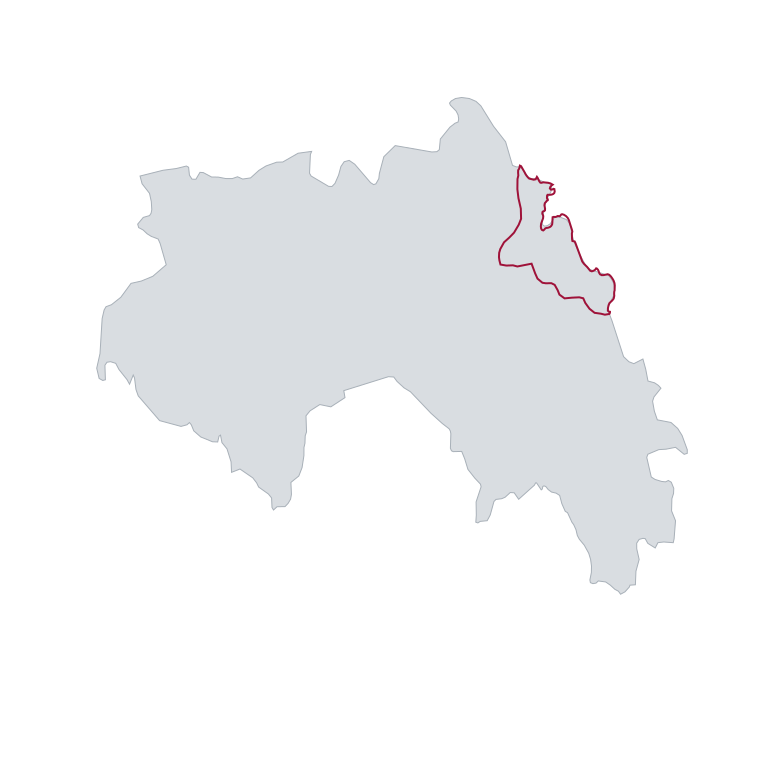 where Mandiana sits in Guinea, rotated 343°
{"feature_id": "GIN-5654", "entity_name": "Mandiana", "entity_type": "Prefecture", "adm_level": 1, "iso_a3": "GIN", "parent_name": "Guinea", "parent_adm1": "", "projection": "equal_earth", "projection_center": [-8.495, 10.8], "detail": "fine", "context": "in_parent", "style": "outline", "palette": "rose", "viewbox_px": 768, "rotation_deg": 343, "n_neighbors": 0, "source": "natural_earth", "source_scale": "10m", "svg_char_len": 5868}
<svg xmlns="http://www.w3.org/2000/svg" viewBox="0 0 768 768"><g transform="rotate(343 384 384)"><path d="M463.0,528.1L457.3,527.1L454.8,528.5L447.3,540.3L442.7,544.9L435.8,543.5L433.2,544.3L431.4,543.0L433.9,536.5L437.6,523.7L446.8,510.7L447.0,508.0L443.3,500.5L439.3,490.2L439.3,479.1L438.6,471.2L430.4,468.9L429.0,467.6L428.7,464.9L433.4,451.1L433.7,448.4L433.2,445.9L428.2,438.8L420.4,425.8L407.0,399.1L402.0,393.5L397.2,385.3L395.4,380.2L390.4,378.3L343.6,378.6L342.7,385.6L326.5,390.3L316.6,384.9L305.5,388.0L300.1,391.6L295.9,407.2L293.5,410.5L291.1,417.5L288.9,421.3L286.5,429.0L281.2,440.0L275.6,447.1L266.2,450.9L263.2,462.5L261.0,466.8L257.4,470.1L253.5,472.3L245.8,470.1L241.5,472.2L240.8,469.3L243.2,460.1L241.3,455.4L234.0,445.9L233.3,441.3L231.1,435.4L221.4,423.2L212.4,423.9L215.0,413.7L214.9,400.1L211.9,392.7L212.7,385.1L211.0,385.6L208.0,390.8L203.1,389.1L193.3,381.1L188.4,373.2L187.8,366.6L186.7,364.0L183.7,365.4L177.5,365.2L158.7,353.4L145.5,323.5L145.2,316.8L147.2,305.2L146.8,302.1L140.6,309.8L139.5,304.6L134.8,292.7L133.5,285.8L129.0,282.7L125.4,282.2L122.6,284.5L118.8,298.5L116.1,298.4L113.2,295.4L113.9,284.9L121.3,271.9L133.6,239.0L138.0,231.4L140.8,228.8L146.5,228.5L157.7,224.1L171.5,213.8L182.0,214.6L194.4,213.4L210.6,206.3L211.0,184.2L210.4,179.3L204.7,174.9L201.4,171.1L198.6,166.2L195.1,162.7L195.2,159.1L202.5,154.3L209.0,154.4L211.2,152.6L212.9,149.4L214.8,141.5L215.5,133.1L211.2,121.8L211.5,113.8L235.2,115.0L248.2,117.2L258.8,117.8L260.5,119.6L259.0,127.4L260.3,132.0L264.0,133.2L269.9,127.8L273.0,129.0L279.7,135.7L285.8,137.6L292.6,141.2L298.9,143.2L304.5,143.0L308.8,146.7L316.7,147.9L326.9,143.1L334.9,141.0L346.2,140.5L352.1,142.1L369.3,138.2L382.8,140.4L380.7,143.0L374.4,160.7L375.1,163.8L388.8,178.8L392.0,179.9L395.8,177.8L401.7,170.9L406.4,163.4L410.9,159.8L416.1,160.0L420.3,165.3L430.0,187.5L432.4,190.3L434.8,190.2L439.1,186.1L441.2,181.2L450.3,166.6L464.4,159.3L497.6,176.1L502.5,177.3L505.4,176.1L509.5,166.2L522.1,157.7L528.1,155.4L531.5,155.1L532.9,152.4L533.5,148.4L532.8,144.2L529.0,136.7L528.8,134.5L531.1,133.0L535.8,131.9L542.0,132.7L549.0,135.9L554.6,140.6L557.9,146.2L564.1,169.6L571.1,187.9L570.8,212.5L573.9,215.0L577.3,216.1L578.9,218.0L582.3,228.2L585.5,231.1L589.4,231.8L596.6,238.3L601.2,240.9L601.9,242.8L601.7,245.5L599.9,248.9L592.9,255.7L589.5,261.5L582.4,275.5L582.2,278.1L583.7,280.0L586.6,280.3L589.8,279.4L596.3,274.2L601.4,276.1L606.4,280.0L608.2,284.0L608.6,289.3L607.5,296.1L607.3,303.8L609.0,316.8L611.6,329.9L614.2,334.6L630.6,346.1L632.2,350.4L633.1,355.2L631.9,361.9L630.2,365.6L621.1,375.8L619.8,380.6L620.5,389.7L621.1,427.9L624.7,434.3L628.9,437.6L638.9,435.8L638.6,446.4L637.3,458.3L643.1,462.0L646.0,465.6L647.6,469.0L638.4,475.3L635.8,479.0L634.6,489.0L634.9,498.2L647.2,504.7L651.9,512.4L654.0,520.4L654.8,535.5L653.7,539.0L650.5,539.0L644.3,529.8L634.7,528.8L627.6,527.1L615.8,528.3L613.8,531.0L612.4,551.1L615.3,554.5L620.9,558.3L624.6,559.9L627.7,559.4L630.0,561.9L630.6,568.5L628.9,573.3L625.8,577.8L621.9,589.4L622.8,600.0L616.1,617.0L614.2,620.3L605.4,616.9L599.6,615.8L595.4,620.1L589.7,613.5L588.6,608.3L586.5,607.3L582.6,607.2L579.1,610.1L577.5,615.5L576.7,626.4L570.2,636.7L565.7,649.5L560.4,648.3L559.2,649.9L553.7,653.2L548.8,654.2L547.6,650.7L544.8,647.9L541.6,642.5L538.1,638.1L531.3,635.0L528.6,636.4L525.4,636.0L523.3,634.3L523.6,631.6L527.2,624.9L529.2,618.8L530.3,612.1L530.3,605.7L528.4,596.7L525.4,589.5L524.6,585.4L525.0,579.5L524.3,574.0L523.3,571.1L521.9,560.7L520.1,558.8L519.1,550.5L519.4,541.9L516.7,538.7L512.6,536.3L510.2,533.0L508.7,529.3L507.2,528.2L505.9,528.4L504.7,530.7L503.4,531.2L501.0,523.2L500.0,522.9L498.3,524.7L479.1,533.6L476.7,526.1L473.0,524.7L466.7,527.7L463.0,528.1Z" fill="#d9dde1" stroke="#a8b0b8" stroke-width="1"/><path d="M631.9,361.9L631.2,363.0L630.7,364.3L630.3,365.6L630.0,367.0L628.6,369.5L626.9,370.7L623.2,372.6L621.8,374.3L620.3,377.0L619.5,379.4L620.2,380.5L621.2,381.0L620.9,381.9L620.0,382.9L615.5,382.3L612.0,380.2L606.2,377.5L602.5,372.1L600.2,365.3L599.6,360.3L596.1,358.2L589.0,356.4L581.7,354.9L577.9,349.8L577.5,345.1L576.2,339.1L573.5,336.5L568.2,335.0L565.1,333.5L561.6,328.1L560.9,322.5L560.3,312.1L545.9,310.6L542.0,308.2L535.6,306.5L530.3,303.8L530.5,299.6L531.0,296.4L532.5,292.2L534.7,288.9L540.2,283.6L546.6,280.6L552.6,277.3L559.4,271.1L563.4,266.1L566.1,256.3L566.9,245.6L568.5,236.7L571.6,227.0L573.4,223.9L574.0,221.2L574.8,218.8L576.3,217.5L577.8,214.9L578.8,215.8L580.4,222.9L580.7,224.7L581.3,226.7L582.1,228.6L582.9,230.0L586.9,232.4L588.9,232.6L590.8,230.6L591.2,231.8L591.5,233.9L591.8,235.7L592.4,237.2L593.3,237.6L595.3,237.7L599.7,239.5L601.9,240.9L603.6,242.7L602.2,243.2L600.7,244.1L599.8,245.4L600.4,246.9L601.8,247.2L603.1,246.9L603.9,247.4L603.5,249.9L602.6,251.2L601.3,251.8L599.8,251.9L598.5,251.7L595.7,250.9L595.0,251.6L594.2,253.8L594.2,254.2L594.5,254.7L594.6,255.2L594.5,256.0L594.3,256.2L593.5,256.3L593.3,256.4L592.7,256.9L591.1,257.8L590.6,258.2L589.7,259.9L589.3,263.4L588.7,265.0L588.0,265.4L586.5,265.5L585.9,265.8L585.3,267.0L585.2,267.9L585.4,268.9L585.4,270.0L584.6,272.0L581.2,276.5L580.6,277.8L580.0,279.4L579.7,281.2L580.0,282.7L581.1,283.7L582.3,283.3L583.6,282.4L585.0,282.2L586.2,282.5L587.6,282.5L588.9,282.3L590.0,281.8L591.4,280.6L592.1,279.1L594.0,273.8L595.2,273.8L596.7,274.4L598.2,274.4L599.0,274.1L599.6,274.3L601.0,274.9L601.7,274.7L603.1,273.7L604.0,273.7L605.6,274.8L607.2,276.7L608.3,279.0L608.7,281.2L608.8,291.4L608.7,293.2L608.2,294.1L607.7,294.9L606.2,300.4L606.0,302.4L608.0,303.4L608.3,305.2L609.4,324.8L610.3,327.4L612.5,331.5L614.3,336.0L615.7,337.0L617.3,337.0L619.0,336.6L620.1,335.9L620.7,335.4L621.2,335.7L622.0,337.2L622.2,338.4L622.3,341.0L622.7,342.3L624.1,343.6L626.0,344.1L630.0,344.4L631.4,345.5L632.5,347.6L633.3,350.1L633.8,352.3L633.9,354.9L633.5,357.2L631.9,361.9Z" fill="none" stroke="#9f1239" stroke-width="2"/></g></svg>